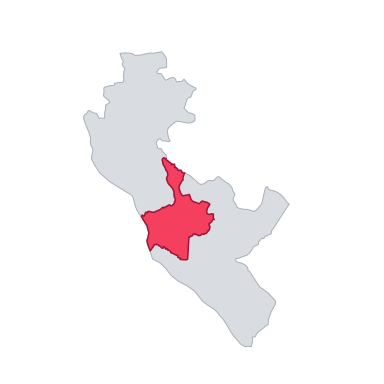 location of Cuvette within Republic of the Congo, rotated 123°
{"feature_id": "COG-3342", "entity_name": "Cuvette", "entity_type": "Region", "adm_level": 1, "iso_a3": "COG", "parent_name": "Republic of the Congo", "parent_adm1": "", "projection": "natural_earth1", "projection_center": [15.8, -0.78], "detail": "fine", "context": "in_parent", "style": "filled", "palette": "rose", "viewbox_px": 384, "rotation_deg": 123, "n_neighbors": 0, "source": "natural_earth", "source_scale": "10m", "svg_char_len": 8988}
<svg xmlns="http://www.w3.org/2000/svg" viewBox="0 0 384 384"><g transform="rotate(123 192 192)"><path d="M90.9,293.8L92.5,289.0L93.7,286.7L95.1,285.2L101.0,281.4L101.8,281.6L105.9,286.5L107.2,286.9L108.6,286.7L110.3,286.9L111.1,286.0L111.2,284.7L110.0,283.3L109.8,281.8L110.7,280.1L111.2,278.3L112.4,276.1L112.6,275.1L111.2,274.0L108.5,272.3L106.7,270.7L105.9,269.1L106.5,267.1L107.9,265.5L107.9,264.6L106.5,263.2L105.6,261.6L104.6,260.6L101.8,260.1L102.4,258.0L103.4,254.9L103.6,252.5L102.8,246.3L102.9,245.2L103.7,244.6L105.3,245.3L106.9,246.2L111.4,244.9L113.0,244.7L114.3,245.9L116.1,246.8L126.4,244.2L126.6,241.6L127.2,239.2L127.2,237.4L126.8,236.3L126.3,235.4L126.0,233.6L126.0,231.7L127.0,230.8L130.3,228.5L131.3,228.6L133.6,229.8L135.7,231.8L137.7,235.9L139.0,239.4L141.1,243.7L145.6,245.4L151.0,246.6L153.9,246.3L158.0,242.6L160.4,239.8L161.1,238.2L162.5,239.0L164.0,242.8L165.0,244.2L165.3,245.6L164.6,247.3L165.3,248.5L168.2,249.2L170.7,248.5L171.8,247.0L173.7,245.0L173.7,243.3L172.7,242.2L172.7,240.7L173.8,239.5L174.8,236.3L175.1,234.0L176.1,232.5L178.0,231.4L178.7,230.5L179.7,224.9L179.2,222.9L179.2,221.2L180.4,219.1L180.6,215.6L179.4,201.8L181.3,190.7L181.1,189.3L179.8,187.6L178.1,186.1L173.9,184.8L172.3,182.7L171.1,180.6L170.2,179.9L165.6,179.0L164.5,177.8L164.9,174.3L165.4,169.1L165.2,165.5L166.0,162.5L166.9,160.4L169.0,158.1L170.1,155.3L170.7,154.7L174.5,154.2L176.0,153.1L177.1,151.9L177.5,150.4L178.9,147.8L180.0,146.1L180.2,144.9L179.9,143.3L178.7,140.0L177.3,137.4L176.5,136.4L174.8,130.1L173.2,128.6L170.1,127.8L164.3,127.1L160.8,128.2L155.4,130.3L148.7,132.6L147.1,132.4L146.4,131.4L147.5,130.6L148.0,128.7L147.3,126.0L146.3,123.5L145.7,119.9L146.0,115.5L147.0,111.4L149.1,106.1L149.2,103.9L162.2,104.0L176.1,103.9L181.4,104.1L184.0,102.7L186.4,104.8L187.6,105.3L188.0,105.1L188.9,106.6L191.9,106.4L192.4,106.8L192.7,108.5L195.5,108.5L196.9,108.9L198.0,108.9L199.6,107.8L200.8,108.2L202.9,109.5L204.5,110.7L206.6,110.3L211.5,110.5L215.3,111.6L219.1,114.7L221.7,116.4L223.9,119.0L224.8,118.6L226.0,117.5L226.0,115.3L224.7,111.5L224.2,108.3L224.5,105.6L225.5,103.7L227.1,102.5L227.3,100.5L235.0,82.9L234.7,80.9L234.9,77.9L235.3,74.5L235.2,72.5L235.7,71.2L237.7,63.2L238.8,61.9L240.5,61.0L243.0,60.9L249.4,60.3L255.4,59.0L257.4,58.4L261.1,56.3L262.6,56.2L263.8,57.0L271.1,59.4L273.1,60.4L273.8,60.2L274.9,60.4L276.6,60.5L278.3,60.2L279.3,60.5L280.7,62.1L281.6,61.9L282.7,60.7L284.9,59.5L289.1,58.2L289.8,58.8L291.3,61.7L292.8,62.7L293.1,68.2L289.6,80.0L282.0,96.0L278.3,108.5L278.3,117.7L277.9,123.5L276.7,127.0L273.7,136.5L273.3,144.6L274.3,154.6L273.3,164.1L270.2,173.1L268.9,180.1L269.7,188.6L264.0,195.6L256.9,202.7L252.2,204.7L248.7,207.0L246.1,209.7L243.4,214.4L239.1,224.5L236.9,228.9L234.0,232.7L229.7,237.3L228.1,239.5L227.5,242.6L227.8,248.4L228.2,266.1L226.3,279.7L222.1,289.1L218.9,294.4L215.7,296.0L211.5,297.4L209.5,299.2L208.3,301.8L206.0,304.1L202.5,306.0L198.2,310.8L193.0,318.5L189.4,322.8L187.5,324.0L185.5,324.1L183.4,323.2L181.7,323.0L180.8,323.4L179.4,322.4L179.5,320.6L179.2,317.7L178.2,314.7L180.5,310.5L180.3,309.5L179.2,308.0L178.0,305.8L176.9,305.9L174.5,307.6L172.0,308.9L169.6,309.5L166.8,311.6L165.2,311.6L164.3,310.8L162.4,310.0L161.3,310.2L160.7,310.6L160.2,315.7L159.9,317.9L159.2,319.0L156.3,320.1L154.3,321.6L152.6,322.6L151.5,322.3L147.3,318.5L145.1,315.3L143.7,315.2L143.3,316.2L142.7,315.8L140.6,313.7L138.2,310.3L137.3,309.8L135.9,309.9L133.8,311.1L131.7,313.0L127.9,314.8L124.8,315.8L124.5,317.0L123.7,319.0L122.7,320.3L119.9,320.7L118.9,322.6L116.5,326.2L114.9,327.8L114.5,327.1L113.5,326.2L111.5,323.5L109.6,320.0L109.0,318.4L108.5,317.6L108.4,314.1L105.4,310.0L98.0,302.7L97.2,300.5L90.9,293.8Z" fill="#d9dde1" stroke="#a8b0b8" stroke-width="1"/><path d="M264.1,195.1L260.5,200.1L259.7,200.9L259.2,201.6L259.0,201.8L258.3,202.2L258.2,202.4L257.7,203.1L257.4,203.3L256.0,203.8L254.6,204.0L254.1,204.2L252.3,205.0L251.0,205.5L250.1,205.6L249.9,205.7L249.7,205.9L249.5,206.0L249.4,206.2L248.8,207.0L247.7,208.1L246.9,209.3L245.6,210.4L245.0,210.9L244.8,211.1L244.7,211.3L244.4,212.2L243.8,213.5L243.4,214.6L242.9,215.3L241.9,217.7L241.0,219.0L240.4,220.5L240.0,221.1L239.2,221.1L238.5,221.2L238.5,220.9L238.6,220.4L238.6,220.0L238.5,219.6L238.4,219.7L237.6,219.3L237.0,219.1L236.5,219.2L236.0,219.5L235.5,219.7L234.8,219.7L234.2,219.6L234.2,219.4L234.1,219.2L233.6,219.0L233.2,218.7L233.4,218.2L232.3,218.2L231.6,217.5L230.7,214.7L230.2,213.8L229.7,212.8L229.6,212.6L229.4,212.3L229.2,212.2L228.2,212.1L228.0,211.9L227.8,211.7L224.8,209.6L224.0,209.1L223.1,208.7L221.4,208.5L220.9,208.2L220.9,207.5L220.8,207.2L220.5,207.4L220.3,207.4L220.1,207.1L219.7,206.4L218.3,205.9L218.1,205.7L217.8,205.3L217.3,205.0L216.0,204.7L215.5,204.4L215.1,203.8L215.0,203.1L215.0,202.4L214.8,201.8L214.5,201.4L214.0,201.2L213.0,201.1L211.5,200.7L211.0,200.7L210.6,200.9L209.8,201.4L209.3,201.5L209.2,201.5L208.9,201.3L208.6,201.4L208.2,201.6L207.3,202.0L206.9,202.4L206.1,203.7L205.7,204.3L205.3,204.7L205.1,204.7L204.8,204.6L204.7,204.7L204.5,204.9L204.2,205.5L204.0,205.8L203.4,206.2L202.1,206.9L201.5,207.4L199.7,210.1L199.2,211.5L197.8,216.6L195.9,219.3L194.9,220.4L194.5,220.7L193.7,221.1L193.4,221.2L192.4,221.1L192.1,221.1L191.9,221.2L190.6,221.8L190.2,222.1L188.9,223.4L188.6,223.8L188.3,224.2L188.2,224.9L188.2,225.2L187.8,225.9L187.6,226.2L186.9,227.0L186.6,227.4L186.3,227.9L185.8,228.6L185.7,228.9L185.4,229.8L185.2,230.0L184.2,231.7L183.6,232.4L183.2,232.7L182.7,233.0L182.4,233.0L182.2,233.2L182.1,233.4L181.9,233.9L181.8,234.0L181.7,234.2L181.5,234.3L181.3,234.5L180.3,234.7L180.1,234.7L179.8,234.7L179.4,234.7L179.0,234.5L178.8,234.4L178.6,234.0L178.4,233.4L178.3,231.7L179.0,231.0L179.2,230.6L179.0,229.2L179.1,228.9L179.2,228.1L179.3,225.6L179.5,225.0L179.8,224.6L180.4,224.1L180.2,223.9L179.7,223.8L179.2,223.6L178.9,222.4L178.3,222.0L178.2,221.8L178.4,221.5L179.0,221.3L179.2,221.2L179.5,221.0L179.7,220.6L179.8,220.3L179.9,220.0L180.8,219.8L180.8,219.3L180.5,218.8L180.2,218.4L180.5,217.5L180.5,216.7L180.6,216.4L181.0,216.1L181.3,215.8L181.5,215.5L181.3,214.8L180.4,214.1L180.0,213.6L179.8,213.0L179.9,212.7L180.1,212.4L180.3,212.2L180.5,212.0L180.7,211.7L180.8,211.4L180.9,210.7L180.9,209.7L180.8,209.4L180.6,209.0L180.2,208.5L183.7,207.8L185.6,207.1L186.2,206.4L186.9,206.1L188.0,206.4L193.1,206.1L195.1,205.6L196.6,204.1L199.3,200.6L199.8,199.3L200.3,198.2L199.8,197.2L195.6,192.9L196.7,191.2L198.3,189.4L198.8,188.4L199.2,187.3L199.4,186.2L198.1,180.6L197.7,179.6L196.8,179.2L194.8,178.9L194.0,178.5L193.7,177.5L193.4,176.3L192.7,174.5L192.5,173.8L192.5,173.3L192.5,172.7L192.3,171.6L192.6,170.4L193.4,170.3L194.4,170.4L195.4,170.2L195.9,170.3L196.5,170.3L198.5,169.8L200.5,169.1L201.9,167.4L201.5,165.3L199.7,163.8L198.9,162.0L199.9,161.4L200.9,160.8L201.7,160.3L202.4,159.6L203.0,158.6L203.1,158.8L203.0,159.1L203.0,159.3L203.4,159.3L203.6,159.3L204.4,159.5L204.9,159.6L205.1,159.6L205.3,159.6L205.5,159.5L205.6,159.4L205.8,159.3L206.0,159.2L206.3,159.3L206.7,159.5L206.9,159.5L207.2,159.6L207.6,159.7L207.8,159.8L208.0,159.9L208.2,160.0L208.3,160.0L208.6,159.9L208.9,160.0L209.0,160.1L209.3,160.3L209.6,160.4L209.9,160.2L210.3,159.7L210.7,159.4L210.8,159.3L210.8,159.1L211.0,158.5L211.1,158.2L211.3,158.0L211.5,158.0L211.8,157.9L212.0,157.9L212.2,157.7L212.3,157.6L212.5,157.5L212.9,157.4L213.0,157.3L213.2,157.2L213.3,157.2L214.1,157.1L214.4,156.9L214.5,156.9L214.9,156.9L215.1,156.9L215.3,157.0L215.5,157.3L215.7,157.5L215.9,157.5L216.1,157.4L216.3,157.4L216.5,157.2L217.4,157.4L218.1,157.4L219.0,157.6L219.2,157.8L219.3,157.9L219.5,157.9L219.6,158.0L219.8,158.3L220.1,158.5L220.7,158.8L221.0,158.9L221.1,159.0L221.2,159.3L221.2,159.9L221.3,160.1L221.4,160.3L221.5,160.4L221.6,160.5L221.8,160.6L222.4,160.8L223.6,161.2L223.8,161.3L224.2,161.7L224.5,162.0L225.2,163.4L225.2,163.5L225.1,165.3L225.2,165.5L225.3,165.7L225.4,165.8L225.6,165.9L225.7,166.0L225.8,166.3L225.8,166.6L225.9,166.8L225.8,167.5L226.2,167.8L226.3,167.8L226.8,168.1L227.0,168.2L227.4,168.1L227.9,167.8L228.1,167.7L228.5,167.8L228.8,168.1L229.0,168.2L229.4,168.4L229.5,168.5L229.8,169.0L230.0,169.2L230.2,169.3L231.0,169.2L231.2,169.3L231.3,169.6L231.4,169.9L231.5,170.0L250.7,159.1L251.8,159.7L252.2,160.2L254.1,163.4L254.8,164.8L254.9,165.0L254.7,165.5L254.3,165.6L254.1,165.6L254.0,166.0L254.0,166.3L254.3,167.0L254.4,167.7L254.5,168.0L254.5,168.3L254.3,168.6L254.0,168.9L253.7,169.0L253.4,169.2L253.3,169.6L253.3,170.2L253.7,171.7L253.8,172.3L253.9,174.4L254.0,175.0L254.3,176.1L254.4,176.8L254.1,177.1L253.7,177.3L253.5,177.7L253.4,180.2L253.5,180.3L253.9,180.4L253.9,180.7L253.0,182.0L253.2,182.3L253.7,182.4L254.2,182.9L253.3,184.4L253.1,185.2L253.4,185.9L253.7,185.3L254.3,185.3L254.8,185.8L255.2,186.2L255.4,186.8L255.3,187.5L254.8,188.9L254.8,189.1L255.1,190.4L255.2,190.8L254.8,191.4L254.8,191.8L255.0,192.9L255.1,193.0L255.3,193.0L255.5,193.2L255.7,193.3L255.8,193.4L255.8,193.6L255.9,194.2L256.1,194.5L256.4,194.6L256.9,194.7L263.7,194.9L264.0,195.0L264.1,195.1Z" fill="#f43f5e" stroke="#9f1239" stroke-width="1.5"/></g></svg>